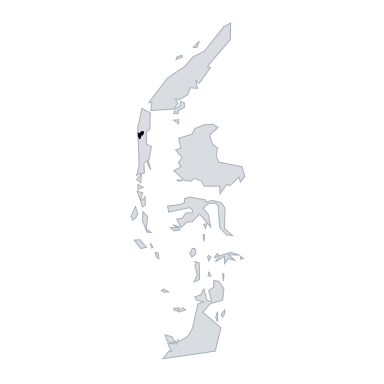 Cilacap, Jawa Tengah, Indonesia (highlighted), rotated 81°
{"feature_id": "22746128B37209370352000", "entity_name": "Cilacap", "entity_type": "district", "adm_level": 2, "iso_a3": "IDN", "parent_name": "Indonesia", "parent_adm1": "Jawa Tengah", "projection": "natural_earth1", "projection_center": [108.91, -7.462], "detail": "fine", "context": "in_parent", "style": "filled", "palette": "ink", "viewbox_px": 384, "rotation_deg": 81, "n_neighbors": 0, "source": "geoboundaries", "source_scale": "gbopen_adm2", "svg_char_len": 5315}
<svg xmlns="http://www.w3.org/2000/svg" viewBox="0 0 384 384"><g transform="rotate(81 192 192)"><path d="M132.4,156.2L138.5,165.7L147.7,164.4L152.4,160.0L160.5,162.6L166.7,160.8L174.9,138.5L184.9,137.4L189.7,142.6L184.6,143.2L191.7,153.8L189.8,156.2L198.2,164.7L190.6,163.7L188.2,178.9L182.4,181.2L179.1,187.2L181.2,191.4L179.0,198.1L168.0,206.6L165.5,199.0L161.0,200.8L156.3,196.5L148.0,201.6L146.9,196.2L136.8,196.8L134.9,183.0L129.8,179.2L127.5,169.8L128.5,160.5L132.4,156.2ZM31.2,127.4L47.5,130.3L68.3,154.8L70.9,156.8L72.0,154.3L85.9,168.0L82.6,170.9L90.5,170.3L88.8,177.4L95.3,181.1L98.7,189.7L97.3,193.8L102.6,192.0L107.1,198.0L105.1,220.0L97.3,217.6L97.0,220.7L75.7,198.4L66.8,179.4L58.7,169.8L54.7,157.5L33.6,134.7L31.2,127.4ZM352.8,193.9L352.1,246.9L345.4,239.4L346.2,237.2L337.6,239.7L339.1,234.4L336.7,231.7L337.6,231.3L338.9,231.5L339.8,231.2L335.7,229.1L337.6,228.5L334.1,218.9L326.7,212.9L303.5,203.7L302.6,197.5L299.5,204.4L296.1,205.7L295.0,199.5L289.5,195.4L301.7,194.0L303.2,189.8L291.9,190.9L289.3,185.4L282.7,184.3L284.5,179.6L292.5,175.6L303.7,178.7L305.2,191.5L312.5,200.1L330.6,184.7L352.8,193.9ZM239.7,164.6L231.7,170.2L209.4,168.4L206.7,170.5L205.8,177.2L210.0,183.8L216.4,179.4L229.5,179.0L214.9,188.0L221.4,196.3L221.1,202.1L225.5,208.4L216.4,211.4L216.6,206.0L211.6,201.3L212.7,195.1L209.9,194.4L207.1,196.7L208.2,218.2L202.1,218.3L202.6,205.5L201.5,201.3L197.3,200.3L196.7,194.8L201.9,180.0L204.2,179.7L203.4,173.4L207.2,164.8L212.9,161.9L233.0,165.7L241.3,158.9L239.7,164.6ZM107.4,220.8L123.2,223.8L125.7,227.9L137.9,229.2L140.8,225.0L152.8,229.1L156.1,235.0L165.9,236.1L165.7,241.1L167.1,244.1L157.8,240.1L120.3,235.6L101.6,228.3L107.4,220.8ZM259.7,165.8L266.4,159.9L263.4,166.7L267.9,170.9L260.8,170.2L264.6,179.9L259.4,174.6L257.6,163.4L261.8,154.8L259.7,165.8ZM263.0,196.0L279.6,198.2L281.2,204.1L274.5,199.7L265.2,200.7L262.5,198.4L260.9,201.1L263.0,196.0ZM224.6,242.8L212.3,245.4L203.7,243.5L209.4,239.8L221.4,242.9L225.6,238.7L224.6,242.8ZM189.3,239.0L197.6,240.2L199.0,243.2L182.5,246.0L185.2,240.8L190.8,243.7L192.7,242.6L189.3,239.0ZM239.5,245.5L239.8,251.4L230.5,256.6L231.0,251.0L239.5,245.5ZM107.2,186.3L109.4,192.7L112.6,193.6L111.5,197.7L106.8,195.7L105.3,190.4L100.7,189.3L103.0,185.5L107.2,186.3ZM335.1,240.0L328.9,240.9L332.0,234.3L336.9,232.8L338.4,235.3L335.1,240.0ZM205.1,249.0L208.9,251.8L210.6,255.0L206.7,256.1L197.7,250.2L205.1,249.0ZM253.6,197.8L256.1,202.2L252.3,203.8L247.9,200.5L248.1,197.9L253.6,197.8ZM166.3,239.2L174.9,241.1L171.0,244.7L166.3,239.2ZM179.8,239.5L181.1,245.0L176.0,244.2L179.8,239.5ZM122.4,194.6L118.2,198.8L118.6,193.6L122.4,194.6ZM307.6,216.8L308.5,223.9L306.6,224.2L305.0,219.1L307.6,216.8ZM163.6,229.3L156.9,231.5L154.1,230.2L163.6,229.3ZM227.6,209.7L227.6,216.1L223.8,218.8L225.3,210.3L227.6,209.7ZM44.1,161.1L50.1,164.7L49.3,168.1L44.1,161.1ZM58.7,187.1L56.4,185.8L55.3,180.6L57.1,180.4L58.7,187.1ZM284.6,237.8L283.3,235.2L286.9,230.6L286.7,234.8L284.6,237.8ZM278.2,173.3L285.1,175.0L277.4,174.4L278.2,173.3ZM236.4,186.2L242.7,187.9L235.8,187.8L236.4,186.2ZM224.6,212.8L221.3,216.0L224.2,210.3L224.6,212.8ZM313.6,178.0L317.2,178.6L320.5,181.6L317.3,182.3L313.6,178.0ZM252.8,235.1L250.5,237.4L245.8,237.7L247.0,235.1L252.8,235.1ZM307.3,225.1L305.7,228.4L304.1,228.3L304.3,223.1L307.3,225.1ZM262.7,186.2L258.5,186.7L257.3,185.6L259.1,183.5L262.7,186.2ZM314.2,185.6L319.3,186.1L324.2,187.3L319.5,188.1L314.2,185.6ZM225.8,182.3L230.0,184.4L225.7,185.6L225.8,182.3ZM266.0,154.6L263.1,154.0L265.8,151.5L266.0,154.6ZM235.8,241.2L240.5,239.3L241.1,240.5L235.8,241.2ZM278.2,186.4L277.4,189.3L273.8,187.9L275.6,187.0L278.2,186.4ZM179.4,203.3L177.6,205.3L179.1,199.1L179.4,203.3ZM258.6,175.3L260.8,179.2L259.9,179.9L256.7,176.7L258.6,175.3Z" fill="#d9dde1" stroke="#a8b0b8" stroke-width="1"/><path d="M127.7,232.4L127.6,232.2L127.5,232.3L127.4,232.2L127.2,232.0L127.2,231.9L126.9,231.8L126.9,231.7L127.0,231.7L126.9,231.6L126.7,231.5L126.7,231.4L126.4,231.4L126.2,231.2L126.1,231.3L126.1,231.2L125.9,231.1L125.8,230.9L125.7,230.9L125.4,230.8L125.2,230.9L125.0,231.0L124.9,231.0L124.9,231.3L125.0,231.3L125.0,231.5L124.9,231.7L124.9,231.8L124.8,232.0L124.9,232.3L125.0,232.4L125.0,232.5L125.3,232.5L125.2,232.5L125.3,232.5L125.4,232.4L125.4,232.5L125.5,232.4L125.6,232.5L125.7,232.8L125.8,232.9L125.7,232.9L125.8,232.9L125.8,233.0L126.0,233.1L126.0,233.3L125.9,233.4L126.0,233.5L126.1,233.8L126.1,234.0L126.2,234.3L126.2,234.5L126.2,234.8L126.3,234.9L126.3,235.0L126.5,235.1L126.5,235.3L126.5,235.2L126.5,235.3L126.4,235.4L126.5,235.4L126.5,235.5L126.4,235.6L126.5,235.6L126.4,235.6L126.5,235.6L126.4,235.7L126.5,235.7L126.8,235.7L127.0,235.7L127.1,235.8L127.3,235.8L127.5,235.8L127.8,235.9L127.9,236.0L128.0,236.0L128.3,236.0L128.2,236.0L128.3,236.0L128.2,235.8L128.1,235.7L128.3,235.4L128.6,235.3L128.7,235.2L129.0,235.3L129.6,235.3L130.0,235.4L130.5,235.5L130.7,235.4L130.6,235.2L130.5,234.9L130.4,234.9L130.2,234.8L130.0,234.7L129.8,234.7L129.7,234.5L129.5,234.3L129.4,234.2L129.1,234.2L129.1,234.3L128.9,234.4L128.7,234.4L128.4,234.3L128.3,234.2L128.2,234.2L127.9,234.0L127.9,233.9L127.7,233.9L127.7,233.7L127.5,233.4L127.4,233.4L127.3,233.5L127.2,233.5L127.2,233.4L127.3,233.3L127.4,233.2L127.5,233.2L127.4,233.1L127.5,233.0L127.5,232.9L127.6,232.7L127.7,232.4L127.7,232.4Z" fill="#0f172a" stroke="#020617" stroke-width="1.5"/></g></svg>